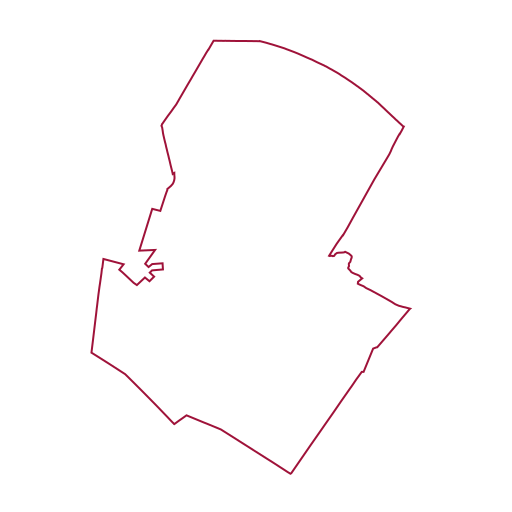 Dragomiresti-Vale, Ilfov, Romania, rotated 184°
{"feature_id": "2599482B19905824077323", "entity_name": "Dragomiresti-Vale", "entity_type": "district", "adm_level": 2, "iso_a3": "ROU", "parent_name": "Romania", "parent_adm1": "Ilfov", "projection": "equal_earth", "projection_center": [25.925, 44.478], "detail": "fine", "context": "isolated", "style": "outline", "palette": "rose", "viewbox_px": 512, "rotation_deg": 184, "n_neighbors": 0, "source": "geoboundaries", "source_scale": "gbopen_adm2", "svg_char_len": 4466}
<svg xmlns="http://www.w3.org/2000/svg" viewBox="0 0 512 512"><g transform="rotate(184 256 256)"><path d="M117.7,395.3L117.8,395.3L118.0,395.5L118.6,395.9L119.0,396.2L120.8,397.7L122.4,398.9L123.1,399.5L124.3,400.5L125.3,401.3L125.5,401.4L126.4,402.1L127.5,403.1L127.9,403.4L129.1,404.4L129.3,404.5L129.8,404.9L130.0,405.1L130.3,405.3L130.6,405.6L131.6,406.4L132.8,407.4L132.9,407.5L134.3,408.6L136.7,410.6L137.0,410.8L137.4,411.2L138.1,411.8L139.6,413.0L140.6,413.8L141.5,414.5L143.0,415.8L143.3,416.0L143.6,416.3L144.5,417.0L144.8,417.3L145.0,417.5L145.4,417.7L145.7,417.9L146.9,418.8L147.4,419.2L148.0,419.6L148.6,420.0L149.8,420.9L150.9,421.6L151.3,421.9L151.7,422.3L152.2,422.6L152.7,422.9L153.3,423.4L153.9,423.8L154.1,423.9L154.8,424.5L155.8,425.2L156.5,425.6L156.7,425.8L157.2,426.1L158.2,426.9L159.2,427.5L159.5,427.8L160.5,428.5L161.5,429.1L161.9,429.4L162.4,429.7L163.6,430.5L164.4,430.9L165.2,431.5L165.8,431.9L166.9,432.5L167.2,432.7L168.5,433.5L169.4,434.1L170.3,434.6L171.4,435.3L172.7,436.1L173.6,436.6L175.2,437.5L175.7,437.8L177.3,438.7L178.3,439.3L179.3,439.9L183.7,442.2L185.3,443.2L187.6,444.4L191.6,446.3L192.6,446.8L193.6,447.3L194.8,447.8L195.9,448.3L197.9,449.3L198.1,449.4L198.5,449.6L199.6,450.1L200.1,450.2L200.5,450.4L201.3,450.8L201.8,451.0L202.2,451.1L202.8,451.4L203.5,451.6L204.4,452.0L205.3,452.3L206.6,452.8L208.7,453.6L214.2,455.9L215.3,456.2L218.4,457.3L219.3,457.6L221.7,458.5L227.0,460.4L228.4,460.9L232.1,462.1L236.8,463.5L238.8,464.1L239.9,464.4L242.0,465.1L246.9,466.3L251.5,467.4L254.9,468.2L256.5,468.5L260.5,469.4L268.0,470.8L267.6,470.5L267.9,470.5L278.7,469.9L291.0,469.1L299.9,468.6L302.0,468.5L302.7,468.4L313.3,467.8L317.9,458.4L318.1,458.4L318.6,457.4L319.8,455.2L321.8,451.1L322.6,449.6L324.4,445.9L329.5,435.5L332.1,430.3L332.9,428.6L336.2,422.0L340.7,412.8L343.5,407.1L344.1,405.8L346.2,401.5L348.5,397.9L350.6,394.4L353.7,389.6L357.2,383.8L358.6,381.4L359.0,380.9L359.1,379.9L359.4,379.3L358.6,377.7L357.8,374.3L357.4,372.3L356.8,370.1L355.7,366.5L354.7,363.3L354.0,361.3L353.2,358.5L352.4,356.1L351.6,353.5L350.7,350.8L350.5,350.2L350.3,349.6L350.0,348.6L349.7,347.6L348.9,345.2L347.5,340.6L347.4,340.3L345.7,335.1L344.9,332.5L344.8,332.1L344.1,332.7L343.3,333.2L343.1,331.0L342.8,329.1L342.7,327.6L342.9,325.8L343.4,323.8L344.0,322.3L344.7,321.3L345.2,320.7L345.7,320.0L348.0,317.7L349.1,316.7L349.1,315.4L349.7,313.6L350.9,309.1L353.7,297.9L354.6,294.3L362.8,295.8L372.8,253.2L357.1,255.0L366.0,240.5L362.4,237.5L359.0,240.7L348.7,242.2L347.9,236.1L358.7,234.4L360.8,232.0L356.2,228.3L360.5,223.4L365.3,226.8L372.8,218.7L376.2,220.7L384.5,227.5L388.1,230.4L391.4,232.8L387.5,238.5L408.0,242.4L408.5,233.3L408.8,232.8L409.0,227.8L409.7,217.9L410.0,214.3L410.5,206.5L410.8,200.5L411.1,194.4L411.2,192.9L411.4,187.9L411.7,182.0L412.0,176.0L412.7,161.7L413.4,148.1L395.7,138.6L378.3,129.0L373.4,124.8L360.6,113.7L345.3,100.2L337.0,92.7L333.0,89.1L330.2,86.5L327.3,83.9L326.9,83.6L326.2,83.0L326.0,82.7L325.8,82.6L324.6,83.6L321.3,86.4L318.2,88.9L314.2,92.2L296.2,86.2L293.6,85.4L278.9,80.5L245.6,62.5L245.5,62.4L231.4,54.8L224.7,51.2L217.3,47.1L216.0,46.4L213.3,44.9L209.2,42.6L207.4,41.7L206.5,41.2L206.1,41.5L205.7,41.7L188.1,71.5L180.3,84.5L175.9,91.9L167.8,105.4L160.7,117.5L153.0,130.3L151.4,132.9L147.4,139.8L142.4,147.8L140.6,147.9L132.7,171.8L129.4,173.3L128.7,173.4L117.2,188.8L116.0,190.5L111.5,196.5L107.6,202.0L105.8,204.5L102.7,208.7L100.6,211.6L98.9,213.9L98.6,214.2L103.8,215.2L104.0,215.2L105.4,215.4L106.5,215.6L107.3,215.8L108.3,216.0L110.0,216.3L113.7,217.6L115.7,218.7L117.3,219.6L127.9,224.7L135.6,228.2L137.6,229.1L139.3,229.9L141.1,230.6L143.9,231.7L146.5,233.3L149.2,234.2L151.1,234.9L152.5,235.5L152.4,237.4L148.5,241.1L149.4,241.6L150.1,242.1L151.3,243.4L152.0,243.7L153.4,244.3L155.9,245.0L158.6,246.0L160.0,246.8L160.8,247.9L162.1,249.1L163.1,250.0L163.2,250.7L162.5,252.5L162.8,254.0L162.8,255.1L162.1,256.0L161.5,256.8L161.0,259.4L160.6,260.5L160.4,261.8L160.8,262.8L162.5,264.1L163.6,264.9L167.4,266.4L168.3,265.8L169.3,265.6L169.9,265.5L171.5,265.3L173.5,265.1L175.4,264.7L177.1,263.3L178.0,261.6L179.3,261.2L180.3,261.5L181.6,261.4L182.4,261.1L183.1,261.3L176.6,273.4L174.8,276.4L170.8,282.9L170.6,282.8L166.5,291.1L161.9,301.1L155.6,314.5L143.3,340.7L132.3,362.4L130.1,366.8L128.7,370.3L128.3,371.7L127.1,374.9L125.7,378.1L124.1,381.8L122.6,385.2L121.5,387.4L121.3,387.8L121.1,387.7L119.3,391.5L118.8,392.7L117.7,395.3Z" fill="none" stroke="#9f1239" stroke-width="2"/></g></svg>